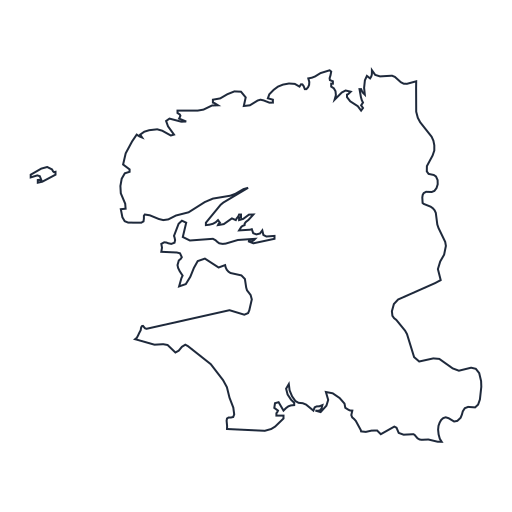 outline of Finistère
{"feature_id": "FRA-5292", "entity_name": "Finistère", "entity_type": "Metropolitan department", "adm_level": 1, "iso_a3": "FRA", "parent_name": "France", "parent_adm1": "", "projection": "mercator", "projection_center": [-4.177, 48.253], "detail": "fine", "context": "isolated", "style": "outline", "palette": "slate", "viewbox_px": 512, "rotation_deg": 0, "n_neighbors": 0, "source": "natural_earth", "source_scale": "10m", "svg_char_len": 5331}
<svg xmlns="http://www.w3.org/2000/svg" viewBox="0 0 512 512"><path d="M441.7,441.8L437.5,441.7L428.4,439.5L421.7,439.8L419.6,439.5L417.5,438.3L414.6,434.9L413.4,434.2L403.6,434.7L398.7,432.9L396.5,427.7L394.3,426.6L380.8,434.2L377.1,430.5L371.6,430.6L365.8,431.9L361.1,431.4L360.8,430.1L355.8,420.9L354.0,418.9L352.2,417.4L351.3,415.1L352.3,410.6L350.1,410.5L348.5,409.8L345.3,407.8L344.5,403.6L339.6,398.0L332.7,393.3L325.9,392.0L328.2,399.9L326.4,405.7L320.6,412.1L315.4,410.6L317.9,410.8L320.0,410.3L321.5,408.5L322.4,405.1L319.3,406.3L316.7,406.4L314.7,407.3L313.4,410.6L306.1,404.6L302.7,403.2L298.5,402.8L295.4,401.0L292.1,396.4L289.6,390.4L288.8,384.1L286.1,388.7L287.6,394.5L291.1,399.8L294.2,402.8L294.2,405.1L291.0,405.4L288.4,406.3L286.1,408.0L283.5,410.6L278.6,402.2L275.0,403.2L274.3,407.9L278.0,410.6L277.3,412.1L276.4,413.2L276.4,415.6L283.5,415.6L283.5,418.5L275.1,426.6L271.2,429.0L264.8,430.8L227.0,429.0L227.1,426.1L226.6,420.7L227.0,418.5L228.6,417.5L231.0,417.5L233.2,417.0L234.2,414.4L233.3,407.6L229.5,397.7L226.9,387.2L223.1,380.2L210.8,364.2L187.9,346.1L185.3,344.7L181.9,346.8L178.7,350.7L175.4,352.5L167.6,345.0L163.2,344.2L154.5,344.7L135.1,339.2L136.8,337.8L138.1,335.4L139.2,333.0L140.7,330.2L140.9,328.8L141.2,327.3L142.1,326.0L143.0,325.9L145.0,328.3L146.5,328.8L229.5,310.2L244.3,314.7L248.1,313.1L249.3,310.3L251.8,299.4L250.6,295.0L247.0,290.3L246.2,287.6L244.9,279.0L241.4,275.4L230.5,273.0L228.5,271.7L226.8,269.8L225.7,267.5L225.1,265.1L218.6,267.5L204.9,258.6L197.7,261.1L193.9,267.9L190.3,276.8L185.8,284.1L179.1,286.4L181.4,278.2L182.6,275.6L179.7,271.2L178.1,267.9L177.5,265.1L178.8,260.5L180.8,258.8L181.8,257.2L180.0,253.3L176.8,252.5L161.3,251.8L162.0,247.7L161.3,243.9L164.2,242.3L166.3,242.5L168.4,243.3L171.3,243.9L174.5,242.7L175.1,240.1L174.5,237.3L174.0,235.9L178.6,223.8L181.9,220.7L186.2,222.7L182.8,237.0L189.9,240.5L212.9,238.8L215.5,240.2L217.2,241.8L219.2,243.3L222.6,243.9L225.7,243.6L237.8,240.0L255.2,238.8L253.5,240.5L251.9,241.2L248.1,241.2L253.4,243.3L274.5,238.8L274.5,235.9L266.4,236.5L263.4,235.0L262.3,230.4L260.0,233.5L256.4,234.4L253.2,233.2L251.8,229.2L250.2,229.7L239.1,230.4L241.3,226.9L242.4,226.0L244.6,225.1L244.7,223.5L245.9,221.9L248.4,220.0L253.4,214.5L249.0,214.6L243.2,218.9L239.1,220.1L239.1,217.4L241.0,217.4L241.0,214.5L239.1,214.5L238.3,216.4L236.7,218.4L235.8,220.1L231.9,218.4L223.8,224.1L218.0,225.1L218.7,223.7L219.0,223.5L219.9,222.7L218.0,220.1L215.8,222.2L212.9,223.8L209.4,224.7L205.9,225.1L205.9,222.7L220.6,204.8L223.4,202.5L248.1,187.8L243.5,189.1L235.4,193.8L230.3,195.7L212.9,198.6L204.9,202.0L188.6,212.3L176.0,215.5L168.3,219.4L163.3,220.1L158.8,219.0L149.8,215.3L144.8,214.5L143.9,215.8L143.9,218.6L143.5,221.4L141.2,222.7L128.2,222.6L124.7,221.2L122.4,217.3L120.8,209.2L125.6,208.7L125.2,203.7L120.8,193.3L120.4,186.0L121.7,178.7L124.8,173.3L129.6,171.8L129.6,169.4L123.1,164.5L125.7,153.3L132.1,141.4L136.7,134.6L139.4,136.4L142.1,137.5L140.2,134.6L144.3,131.7L149.2,130.2L157.2,129.3L162.2,130.7L170.8,135.5L174.0,134.6L168.0,126.3L166.1,121.0L169.5,118.6L181.3,121.7L186.2,121.5L179.1,118.6L179.9,117.0L180.4,115.7L179.8,114.5L177.5,113.0L177.5,110.6L197.7,110.6L203.5,109.6L212.0,105.5L218.0,105.3L214.5,103.1L212.9,102.6L212.9,99.7L220.2,98.4L227.4,94.2L234.4,91.4L241.0,91.7L245.7,97.4L243.8,106.0L249.9,105.3L257.7,100.5L260.5,99.7L263.6,100.4L269.5,102.7L272.9,102.6L272.9,99.7L267.9,98.3L269.3,94.3L273.7,89.8L278.0,86.6L283.0,84.6L289.0,83.5L294.8,83.9L299.5,86.6L301.0,84.3L302.4,84.4L303.7,86.2L304.8,89.1L306.4,89.1L308.1,87.2L309.1,84.9L309.3,82.0L308.3,78.4L311.9,77.7L315.0,76.5L320.5,73.1L329.6,70.3L331.2,71.6L330.5,75.3L329.6,78.2L329.9,80.1L332.9,81.3L332.9,83.7L331.2,83.7L331.2,86.6L333.8,88.3L335.5,91.2L335.9,95.1L334.6,99.7L341.8,92.5L345.6,90.5L350.7,91.7L348.2,94.1L347.0,94.6L347.0,97.1L350.2,101.3L357.8,106.2L361.1,110.6L363.0,108.0L361.1,105.3L363.0,102.6L361.8,100.2L360.9,97.0L359.5,89.1L361.1,89.1L362.0,91.3L362.7,92.5L364.8,94.6L364.1,87.8L364.9,80.3L366.9,75.9L370.1,78.4L371.2,76.6L371.8,74.7L371.9,72.6L371.9,70.2L375.2,74.9L380.0,76.4L392.0,75.7L394.9,76.9L400.8,82.2L403.7,83.7L407.0,83.8L416.2,81.3L416.1,87.9L416.2,111.7L417.8,117.8L420.2,122.3L431.6,136.7L433.4,140.7L434.3,145.3L434.3,150.5L432.6,155.5L426.9,166.1L426.8,171.4L428.6,173.9L433.8,175.0L436.0,176.5L437.6,180.1L437.7,184.3L436.5,188.1L434.4,190.9L431.7,192.0L426.1,191.8L423.7,193.1L422.7,194.9L422.3,197.4L422.6,203.0L423.7,203.9L430.7,206.7L432.9,208.3L434.6,210.3L435.8,212.9L437.3,224.5L438.5,228.0L445.2,241.9L445.9,245.9L444.1,254.7L440.2,261.5L437.9,269.1L440.7,280.1L435.1,283.1L398.1,299.5L393.9,304.0L391.9,311.2L392.4,315.8L394.1,318.2L396.3,319.9L405.1,330.7L407.0,334.1L414.1,357.1L419.2,361.5L433.3,358.4L439.3,358.9L452.7,368.4L458.9,370.7L471.1,367.7L475.8,368.8L479.2,373.1L481.1,381.1L481.3,386.8L479.9,399.5L478.1,404.6L475.1,407.4L468.1,406.9L464.8,408.2L462.8,411.3L461.9,414.6L460.6,417.8L457.3,420.9L454.1,421.5L448.6,418.2L445.7,417.3L443.2,418.1L441.2,419.9L439.7,422.5L438.5,425.8L438.1,429.7L438.6,434.4L439.8,438.8L441.7,441.8ZM52.0,169.4L52.5,170.3L53.0,171.3L53.9,172.1L55.5,171.8L55.5,174.7L42.3,181.7L37.8,182.7L37.8,180.0L38.6,179.9L40.4,180.2L41.3,180.0L39.8,176.2L37.3,175.4L30.7,177.4L30.7,174.7L41.3,168.6L47.2,167.0L52.0,169.4Z" fill="none" stroke="#1e293b" stroke-width="2"/></svg>